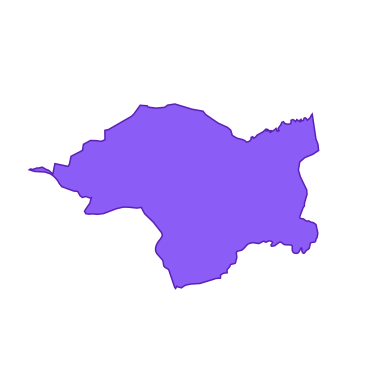 map outline of HaZafon (Albers equal-area conic projection), rotated 247°
{"feature_id": "ISR-3056", "entity_name": "HaZafon", "entity_type": "District", "adm_level": 1, "iso_a3": "ISR", "parent_name": "Israel", "parent_adm1": "", "projection": "albers", "projection_center": [35.33, 32.896], "detail": "fine", "context": "isolated", "style": "filled", "palette": "violet", "viewbox_px": 384, "rotation_deg": 247, "n_neighbors": 0, "source": "natural_earth", "source_scale": "10m", "svg_char_len": 4074}
<svg xmlns="http://www.w3.org/2000/svg" viewBox="0 0 384 384"><g transform="rotate(247 192 192)"><path d="M216.7,333.1L197.8,328.2L192.4,326.8L186.8,326.6L180.8,324.8L179.5,317.9L179.6,309.3L177.5,302.9L170.6,298.5L163.6,297.7L149.0,298.4L144.8,296.9L138.1,291.4L135.0,289.8L134.5,288.5L127.9,282.2L127.2,281.7L126.1,281.1L125.7,281.3L125.4,281.5L124.8,282.2L124.1,283.4L123.9,283.8L123.6,284.2L123.2,284.4L121.1,285.5L120.8,285.8L120.4,286.1L120.3,286.5L120.2,287.0L120.1,287.5L119.8,288.1L119.4,288.5L118.2,289.3L117.8,289.7L117.5,290.1L117.3,290.5L116.9,291.1L116.2,291.8L114.6,292.9L113.7,293.3L113.0,293.4L112.5,293.3L112.0,293.1L105.2,291.8L104.2,291.3L103.4,290.7L102.0,289.9L101.3,289.3L100.8,288.8L100.6,288.2L100.1,287.7L98.6,286.7L98.2,286.3L98.1,285.9L98.0,285.3L98.1,284.8L98.7,282.9L98.8,281.8L98.7,281.2L98.3,280.7L95.2,278.6L94.2,277.7L94.1,277.4L93.9,276.9L93.8,276.3L93.8,275.8L93.6,275.0L93.3,274.0L92.3,272.4L91.9,271.5L91.9,270.8L92.2,270.5L92.6,270.3L93.1,270.1L94.2,270.1L94.7,270.1L95.3,270.3L96.6,270.9L97.7,271.0L97.8,270.6L97.4,269.9L95.6,267.8L94.9,266.7L94.5,265.8L94.5,265.3L94.7,264.2L94.9,263.8L95.4,263.0L95.6,262.6L96.3,262.0L96.6,261.7L97.1,261.6L97.6,261.4L98.1,261.4L98.7,261.4L99.7,261.7L102.7,263.0L103.2,263.1L103.6,263.0L104.0,262.8L104.4,262.5L105.1,261.3L106.9,257.4L107.4,256.6L107.7,256.3L108.0,256.0L111.3,254.2L111.5,253.5L111.5,252.4L110.3,247.5L110.3,247.0L110.6,245.3L110.9,244.4L111.1,244.0L111.5,243.8L111.9,243.8L112.3,244.0L112.6,244.3L113.3,245.5L113.6,245.9L113.9,246.2L114.3,246.4L114.7,246.3L115.1,246.1L115.4,245.9L116.0,245.2L116.6,244.5L117.0,243.7L117.0,243.2L117.0,242.5L116.8,241.1L117.0,240.4L117.2,239.9L118.4,239.2L118.7,238.6L118.8,237.8L118.4,233.9L118.5,233.4L118.8,232.6L119.1,232.3L121.4,228.6L121.7,227.9L121.9,226.9L122.2,224.6L122.2,223.5L122.1,222.7L119.7,217.5L119.3,216.1L119.0,215.1L119.1,214.6L119.7,211.1L119.6,210.3L119.4,209.7L119.1,209.4L118.2,208.9L114.8,207.9L114.0,207.5L113.6,207.3L112.9,206.7L112.6,206.4L111.9,205.8L110.0,204.5L109.6,203.9L109.5,203.4L110.1,200.0L110.1,199.1L109.8,198.6L108.9,198.0L108.5,197.4L108.0,196.6L107.2,194.7L106.7,194.0L106.0,193.5L104.4,193.0L103.9,192.8L104.9,189.3L104.5,186.0L101.6,184.5L103.0,180.4L104.7,163.6L107.8,154.7L108.8,149.4L107.9,144.7L108.9,143.6L110.1,141.9L111.2,141.1L109.6,139.2L110.7,138.9L110.9,138.8L129.4,140.2L130.4,139.8L133.0,137.8L134.5,137.2L135.9,137.3L139.1,138.2L140.8,138.3L149.3,135.5L152.1,135.5L153.3,136.0L154.7,136.6L157.3,138.7L159.5,141.5L161.2,144.8L163.3,147.6L166.4,148.1L179.4,144.6L190.5,139.9L197.6,139.3L198.7,135.1L203.0,127.3L205.0,122.7L206.2,115.7L206.7,102.1L208.5,96.0L210.6,92.2L211.9,88.4L213.5,85.8L216.2,85.5L217.5,87.1L221.7,93.7L224.6,95.9L226.0,97.1L226.2,95.9L229.3,92.6L229.8,88.9L232.3,87.5L237.2,87.0L239.1,83.5L247.8,74.2L251.9,73.1L254.9,72.8L258.2,71.8L261.4,70.4L264.1,68.7L267.9,64.4L272.4,55.2L276.0,50.9L276.3,52.4L275.0,54.1L274.7,58.6L274.0,60.1L273.4,63.8L269.7,66.6L267.9,68.6L262.9,70.9L271.7,76.9L264.0,87.9L265.6,90.1L272.1,94.6L273.1,107.5L278.3,110.7L279.1,118.7L276.6,124.1L274.1,128.2L274.1,132.3L282.8,135.9L282.1,139.5L285.3,165.8L286.6,169.2L292.1,178.2L288.8,184.5L287.2,184.9L283.2,191.8L280.6,200.1L281.5,203.5L279.7,210.6L268.2,224.4L262.1,233.7L258.0,234.8L245.3,242.9L237.6,249.9L233.9,251.8L228.4,251.2L224.1,254.3L220.6,258.9L218.6,260.8L216.9,261.5L216.4,262.4L216.3,264.7L217.2,266.7L219.2,267.8L219.2,269.5L217.6,269.5L217.6,271.6L218.9,274.1L219.7,281.2L221.0,284.6L220.0,286.1L219.7,286.3L219.6,285.6L219.2,284.6L218.7,285.6L217.6,288.6L216.2,286.7L217.0,292.4L217.7,294.2L214.5,294.2L214.5,296.1L215.7,295.9L216.7,296.0L218.3,298.4L218.8,299.6L221.0,301.9L221.0,303.6L218.9,304.2L217.5,305.7L216.7,307.6L216.3,309.4L217.1,310.1L217.6,310.6L218.3,310.9L219.3,311.1L219.3,313.2L217.9,314.2L216.3,314.9L217.7,316.8L214.5,318.9L215.0,319.4L215.5,319.3L215.9,319.5L216.3,320.7L214.5,320.7L214.5,322.5L216.0,323.9L216.2,325.0L215.2,325.8L213.0,326.2L214.0,329.3L214.6,330.2L215.7,331.4L216.7,333.1Z" fill="#8b5cf6" stroke="#5b21b6" stroke-width="1.5"/></g></svg>